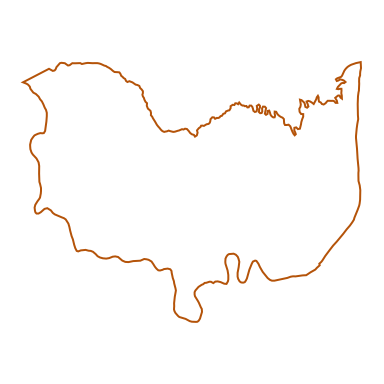 the district of Vitória do Jari, Amapá, Brazil
{"feature_id": "56859067B90062016450461", "entity_name": "Vitória do Jari", "entity_type": "district", "adm_level": 2, "iso_a3": "BRA", "parent_name": "Brazil", "parent_adm1": "Amapá", "projection": "equal_earth", "projection_center": [-52.026, -1.016], "detail": "fine", "context": "isolated", "style": "outline", "palette": "amber", "viewbox_px": 384, "rotation_deg": 0, "n_neighbors": 0, "source": "geoboundaries", "source_scale": "gbopen_adm2", "svg_char_len": 5922}
<svg xmlns="http://www.w3.org/2000/svg" viewBox="0 0 384 384"><path d="M319.7,265.3L319.3,263.7L321.2,262.0L322.3,260.6L325.3,255.9L329.8,249.9L333.2,245.5L336.6,241.8L343.1,234.0L346.7,229.3L349.9,225.6L352.2,222.4L353.9,219.7L354.4,217.8L357.7,209.7L359.2,205.6L359.6,203.7L360.1,199.8L360.3,190.1L359.7,185.4L358.5,181.0L358.4,175.4L358.4,172.9L358.6,170.7L358.5,168.1L357.6,158.8L357.0,148.7L356.0,138.0L356.0,136.0L356.7,128.4L357.3,124.0L358.2,119.1L357.9,115.0L357.7,103.9L358.0,96.2L358.5,92.4L358.9,90.7L359.2,83.7L359.1,81.7L359.2,78.1L360.1,75.4L360.1,73.4L360.3,71.4L361.0,68.2L360.7,62.1L356.0,63.1L351.3,64.7L349.4,65.7L347.6,66.9L345.8,68.7L344.4,70.6L342.0,75.8L341.0,76.9L337.2,78.3L335.9,79.3L336.8,81.0L338.4,80.5L340.1,79.4L342.4,79.9L343.8,80.5L345.5,82.0L344.1,83.1L342.5,82.9L341.1,83.5L340.1,84.6L337.9,86.9L336.9,88.9L338.4,89.2L339.8,88.8L341.4,88.8L341.5,90.7L341.3,93.2L341.8,95.7L341.9,98.6L340.5,97.6L339.5,95.6L338.2,95.5L336.7,96.6L335.2,97.9L336.8,100.6L337.3,102.9L335.6,102.9L334.3,101.3L333.0,100.8L331.6,100.9L329.6,100.8L327.7,100.8L326.7,101.8L325.6,103.2L323.7,104.5L321.9,104.0L320.8,102.5L319.0,101.6L318.6,99.5L318.6,97.3L317.9,95.8L316.8,97.3L316.2,99.3L313.7,104.0L311.8,102.5L310.0,101.4L308.2,100.9L306.6,101.5L307.7,104.2L308.4,106.5L307.1,107.7L305.4,106.9L304.6,103.2L303.4,101.8L301.5,100.1L300.0,99.7L300.8,104.5L300.4,106.8L299.3,108.8L299.6,111.8L301.1,114.0L303.2,114.1L303.2,116.7L302.2,119.2L301.3,122.2L301.0,124.3L299.9,128.7L297.9,129.1L296.2,127.4L294.4,127.8L294.3,130.5L295.2,132.4L295.8,134.2L294.7,135.3L293.6,134.0L292.6,132.1L291.7,130.0L291.0,128.1L290.3,126.3L288.6,124.7L286.8,125.0L285.0,125.0L284.2,123.5L284.0,121.4L283.9,119.1L282.6,117.7L280.8,116.9L279.6,116.1L278.5,115.2L277.3,113.9L276.2,111.8L274.7,111.6L274.6,113.5L275.1,115.6L274.6,117.3L273.3,117.4L271.7,116.3L270.5,114.7L269.9,112.4L269.2,110.6L267.8,110.9L267.5,113.9L266.0,114.8L264.9,113.7L265.4,111.1L266.1,108.1L264.9,106.7L263.0,106.6L262.1,108.4L262.3,111.5L261.6,113.0L260.2,113.2L259.0,112.1L259.1,109.5L260.0,107.3L259.9,105.7L258.8,104.6L256.8,105.9L257.2,108.6L256.6,111.4L254.9,112.0L253.4,110.8L253.0,108.9L252.3,106.8L251.2,105.6L249.6,105.6L248.7,107.3L247.4,107.4L246.4,106.0L244.8,106.2L243.7,105.5L242.3,105.5L240.9,104.6L239.2,102.5L238.1,104.2L236.9,103.4L235.3,103.3L234.4,105.0L232.7,104.8L230.6,106.2L230.6,108.2L229.4,110.3L228.2,110.5L226.0,111.4L225.0,113.3L223.3,113.8L221.9,115.8L220.6,116.1L219.4,117.5L218.1,118.0L216.9,117.9L215.1,118.8L214.0,117.4L212.3,117.3L210.5,119.2L210.3,121.1L209.8,122.7L208.6,123.9L206.5,124.3L203.9,125.9L202.5,125.6L201.1,125.7L200.4,127.1L198.8,128.2L197.0,130.4L197.6,132.7L196.8,135.4L195.0,136.6L193.9,134.9L191.7,134.2L190.1,132.9L188.9,131.2L186.9,129.0L185.0,128.7L183.6,129.5L182.0,129.2L179.0,130.5L177.7,130.8L174.9,131.7L173.2,131.9L170.1,131.1L168.7,130.6L167.0,131.3L165.4,131.6L164.2,131.9L162.4,131.1L160.9,129.7L159.4,127.8L158.2,126.5L156.8,124.7L155.8,122.9L154.8,121.2L152.9,118.2L152.2,116.7L150.9,115.2L151.0,112.9L150.5,110.9L149.1,109.6L147.9,108.6L146.8,105.8L147.0,103.2L145.5,101.8L144.4,99.6L143.9,97.9L142.9,96.4L142.4,94.7L142.9,93.1L142.9,91.2L141.6,89.4L140.2,88.1L139.3,85.9L137.4,85.0L135.6,84.6L132.5,82.4L129.4,81.2L127.4,82.0L126.0,80.9L125.2,79.0L123.6,78.0L122.5,76.8L121.2,75.8L120.4,73.8L119.4,72.4L117.9,72.2L114.5,72.0L112.8,70.8L110.9,69.1L109.0,67.8L107.2,66.9L105.9,66.0L104.3,65.6L102.4,64.7L100.6,63.9L98.9,63.4L97.1,63.1L94.4,63.1L93.0,63.2L87.7,62.9L85.6,63.2L81.9,64.0L80.2,63.1L74.6,63.3L72.3,63.2L69.6,65.2L68.0,65.5L64.8,63.2L61.4,62.8L59.9,63.2L56.5,67.1L55.5,69.5L54.5,70.5L52.8,70.9L49.0,68.8L23.0,82.3L26.5,83.7L28.0,84.6L29.8,86.6L30.4,88.8L33.3,92.6L35.9,94.0L38.7,96.7L40.1,99.3L41.9,101.4L43.4,104.4L44.7,107.6L46.0,109.9L46.8,112.8L46.8,116.1L46.4,121.5L45.1,131.0L43.8,133.1L42.3,133.3L40.3,133.1L37.9,133.8L36.1,134.6L34.5,135.4L33.4,136.7L32.4,138.1L31.2,139.9L30.1,144.7L30.2,146.8L30.4,149.2L31.5,152.5L32.8,154.5L36.5,158.5L38.6,162.4L39.2,166.0L39.1,173.6L39.4,181.9L40.1,184.1L41.0,188.0L41.0,191.1L40.8,193.5L40.0,197.6L39.1,199.1L37.4,201.4L35.3,204.8L34.6,207.6L35.0,210.9L35.5,212.5L36.5,213.5L38.6,213.5L40.8,212.2L44.5,208.9L47.3,208.2L50.9,210.4L52.8,212.9L54.8,214.4L62.4,217.6L63.8,218.1L65.7,219.4L68.4,223.6L69.4,227.0L70.1,230.4L71.6,236.1L72.9,239.4L74.2,244.8L75.3,248.2L76.7,250.9L78.2,251.4L80.8,250.4L85.6,249.9L88.6,250.7L90.8,250.9L93.0,251.8L95.7,254.1L97.6,256.2L100.0,257.5L102.9,258.3L106.2,258.6L109.2,258.1L112.7,256.7L115.2,256.4L118.1,257.0L122.3,260.6L125.3,261.9L128.5,262.1L133.2,261.1L140.3,260.7L144.2,259.0L146.6,259.3L148.6,259.8L151.5,261.5L153.3,264.1L154.9,266.7L156.5,268.7L158.3,270.3L160.0,270.5L162.6,269.8L163.9,269.1L167.7,268.6L170.3,269.3L171.5,271.0L171.7,272.9L172.8,278.1L173.9,281.2L174.2,283.4L175.5,288.4L175.9,290.5L175.4,293.4L174.8,296.7L174.1,303.2L174.2,306.1L174.0,309.4L174.5,311.2L175.4,312.9L177.9,315.8L179.3,317.0L185.6,318.9L189.7,321.1L191.8,321.7L196.2,321.9L197.5,321.7L198.7,320.7L200.0,318.6L202.0,311.9L201.8,309.0L200.8,307.2L198.9,302.8L197.8,300.8L195.0,296.3L194.6,294.5L194.6,292.2L195.4,290.5L198.5,286.9L201.7,284.8L203.2,284.2L204.7,282.9L206.2,282.8L209.6,281.7L211.0,281.8L213.3,283.1L215.3,281.6L217.7,281.4L220.6,282.1L224.2,283.7L226.5,283.9L227.9,281.4L228.3,279.6L228.3,275.0L227.6,270.5L225.5,263.8L225.3,262.0L225.5,258.6L226.5,256.5L227.7,254.9L229.0,254.1L233.6,253.7L235.8,254.7L237.7,256.7L238.5,258.7L239.3,261.8L238.7,267.0L237.6,272.8L237.6,276.7L238.2,278.9L239.5,281.2L240.6,282.2L242.0,282.6L243.5,282.6L244.8,282.1L245.9,280.5L246.9,278.5L249.4,269.6L251.8,263.7L252.9,261.6L255.1,260.6L256.4,260.9L258.4,263.7L259.9,267.0L262.7,271.9L267.7,278.1L270.0,279.9L272.0,280.7L274.3,280.7L287.4,277.9L290.7,276.7L293.1,276.3L295.5,276.4L302.5,275.4L306.2,275.2L310.7,272.2L315.3,269.6L317.0,267.7L319.7,265.3Z" fill="none" stroke="#b45309" stroke-width="2"/></svg>